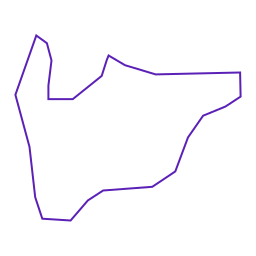 Brčko Distrikt, Natural Earth projection
{"feature_id": "BIH-4803", "entity_name": "Brčko Distrikt", "entity_type": "state/province", "adm_level": 1, "iso_a3": "BIH", "parent_name": "Bosnia and Herzegovina", "parent_adm1": "", "projection": "natural_earth1", "projection_center": [18.842, 44.819], "detail": "fine", "context": "isolated", "style": "outline", "palette": "violet", "viewbox_px": 256, "rotation_deg": 0, "n_neighbors": 0, "source": "natural_earth", "source_scale": "10m", "svg_char_len": 412}
<svg xmlns="http://www.w3.org/2000/svg" viewBox="0 0 256 256"><path d="M108.6,55.5L125.0,65.2L155.6,74.4L240.1,72.5L240.6,96.6L225.5,106.5L203.1,115.7L188.0,137.4L175.3,171.4L152.3,186.8L103.1,190.5L87.9,200.4L70.6,220.5L42.3,218.7L35.2,197.2L29.5,146.9L15.4,94.8L36.3,35.5L46.9,43.2L51.5,60.5L48.4,85.6L48.4,99.1L72.8,99.1L101.7,75.9L106.8,59.9L108.6,55.5Z" fill="none" stroke="#5b21b6" stroke-width="2"/></svg>